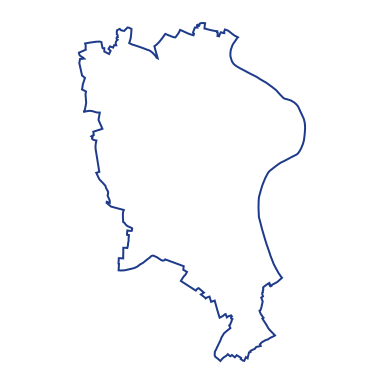 the district of Thuong Tin, Ha Noi, Vietnam
{"feature_id": "81297802B33733008951227", "entity_name": "Thuong Tin", "entity_type": "district", "adm_level": 2, "iso_a3": "VNM", "parent_name": "Vietnam", "parent_adm1": "Ha Noi", "projection": "robinson", "projection_center": [105.871, 20.832], "detail": "fine", "context": "isolated", "style": "outline", "palette": "blue", "viewbox_px": 384, "rotation_deg": 0, "n_neighbors": 0, "source": "geoboundaries", "source_scale": "gbopen_adm2", "svg_char_len": 5824}
<svg xmlns="http://www.w3.org/2000/svg" viewBox="0 0 384 384"><path d="M266.4,82.8L260.5,79.4L256.5,76.8L249.9,73.5L240.1,68.3L236.3,66.1L233.8,64.1L232.0,61.5L231.1,58.7L230.4,56.2L230.4,53.4L230.6,51.0L231.0,49.3L232.0,46.4L232.8,44.4L235.9,40.0L237.4,37.7L237.9,37.3L234.6,35.6L232.1,33.8L228.4,30.8L225.9,29.8L225.0,29.5L224.9,29.9L224.4,30.6L224.2,31.6L224.2,31.9L224.3,32.4L224.3,32.8L224.3,33.1L222.9,33.0L221.0,32.2L220.7,32.6L220.3,33.2L219.7,34.5L219.2,35.9L219.1,36.3L217.5,36.0L217.7,34.2L217.7,32.5L217.0,32.3L217.2,31.2L216.9,31.1L215.9,31.1L215.2,31.0L211.5,30.3L204.5,28.5L204.5,28.0L204.8,25.0L205.1,23.2L202.8,23.0L200.6,23.2L200.1,23.4L199.6,23.8L199.5,24.3L199.5,24.8L199.3,25.5L199.1,25.8L198.7,26.0L198.2,25.8L197.6,24.8L197.1,25.0L197.0,25.3L197.3,27.2L197.4,27.6L194.9,27.5L193.3,31.7L193.0,32.8L194.0,33.6L193.5,35.3L191.5,34.7L189.3,34.0L186.3,32.7L182.9,31.1L180.1,29.9L179.0,32.3L177.8,34.2L176.7,35.7L175.4,37.4L173.6,37.2L171.2,36.3L168.9,35.4L165.3,33.9L162.0,38.5L160.1,40.9L158.5,42.7L156.4,44.8L154.4,46.2L155.2,49.4L157.7,58.3L157.1,58.0L156.6,57.6L156.2,57.2L155.6,56.0L152.6,52.8L150.5,51.1L149.3,50.4L147.4,49.8L143.5,48.3L138.7,46.6L134.5,45.2L132.7,44.7L130.8,43.9L129.2,43.1L129.8,41.2L130.7,38.2L131.2,33.6L131.5,29.0L129.0,27.7L127.5,27.5L124.2,30.9L122.3,30.6L120.9,30.2L119.7,28.9L117.0,30.3L116.8,31.7L116.8,34.2L117.5,34.9L117.8,37.0L117.3,37.0L116.8,37.3L116.5,38.3L116.8,39.2L117.6,39.8L116.8,40.5L116.1,41.5L115.8,42.3L115.7,43.2L115.8,44.1L116.2,45.3L114.1,45.2L113.1,47.6L110.1,46.4L109.5,47.3L108.5,48.9L110.6,50.8L109.1,54.0L108.5,53.7L104.3,51.5L104.3,48.2L102.7,48.2L102.5,47.9L102.0,45.5L101.4,42.1L99.8,41.6L96.5,41.7L89.2,42.7L85.6,43.4L85.1,43.5L85.5,44.6L85.7,45.9L85.6,48.8L85.8,49.7L78.9,52.7L79.4,54.8L79.9,55.5L80.3,55.9L83.2,57.8L84.1,58.6L80.0,59.0L79.3,63.1L81.9,74.8L82.0,75.5L85.0,77.9L84.2,80.1L83.4,82.6L82.8,84.4L82.4,87.6L82.0,89.4L86.0,91.5L85.5,94.3L86.2,102.9L86.1,103.3L85.4,107.1L84.8,110.0L84.2,110.9L84.0,111.4L84.1,111.8L86.9,111.2L89.6,110.8L90.7,110.9L91.9,111.1L93.4,111.4L95.4,112.1L97.1,112.5L99.8,112.6L98.5,119.9L102.4,128.8L93.3,131.7L93.8,135.0L93.2,135.2L91.4,136.3L92.5,137.0L92.1,137.3L92.0,138.1L92.1,138.6L92.3,139.1L92.8,139.4L93.7,139.9L94.7,140.2L96.4,140.5L95.7,144.0L95.5,146.5L95.6,149.0L99.3,171.9L96.3,172.8L98.4,177.4L99.5,179.5L102.2,182.2L105.4,185.8L106.0,187.9L108.1,191.8L108.0,194.1L107.6,195.6L109.7,200.5L109.8,202.8L106.8,201.8L106.6,202.9L111.1,206.6L123.8,210.0L123.3,211.5L122.9,213.1L122.9,214.2L122.9,216.2L122.9,217.3L123.1,219.7L123.1,220.9L123.1,221.6L123.2,221.9L123.3,222.1L123.5,222.3L124.3,222.6L124.5,222.9L125.3,224.0L125.7,224.6L126.3,225.1L126.7,225.5L127.6,226.2L129.3,226.9L132.1,228.2L132.2,228.4L132.0,229.7L131.7,230.9L130.0,230.9L127.3,230.5L127.0,234.2L127.0,234.6L127.0,234.8L127.3,235.0L128.8,235.0L129.0,235.1L128.8,236.5L128.7,237.4L128.6,238.2L128.6,240.7L128.5,241.2L128.1,243.3L128.0,243.9L128.0,244.9L127.9,245.5L127.7,246.5L127.3,248.0L125.8,247.8L123.3,247.8L123.3,252.2L123.2,254.7L123.2,258.4L122.2,258.4L120.7,258.2L118.8,258.2L118.5,263.6L119.0,263.8L118.6,270.3L120.7,270.5L124.6,270.3L130.4,269.0L134.4,268.0L137.5,266.5L139.9,264.6L143.2,262.7L147.5,259.2L149.7,257.6L150.9,256.4L151.7,255.9L152.7,255.6L153.7,255.7L154.8,256.3L156.7,257.1L161.4,260.2L162.3,260.5L163.2,260.6L164.1,260.4L164.8,260.0L165.2,259.4L183.7,266.2L183.3,269.8L187.0,271.9L185.2,275.1L184.2,275.9L182.9,277.7L181.8,279.4L180.9,281.0L195.8,290.6L197.1,289.0L198.0,288.3L198.7,288.2L203.9,292.6L200.9,294.5L205.4,297.9L205.6,298.4L206.2,298.0L207.7,297.2L209.5,296.6L211.1,301.8L214.7,300.6L217.3,310.0L218.8,315.1L219.7,317.7L222.9,316.0L224.9,314.3L225.6,314.1L226.9,317.4L228.5,316.2L231.2,315.4L231.9,316.5L231.1,317.4L231.1,318.3L231.6,318.7L232.4,319.1L231.7,320.4L231.4,321.7L230.4,323.7L230.3,324.5L229.2,325.4L230.4,328.1L229.0,329.2L228.2,329.8L225.9,331.7L224.6,332.8L224.1,333.2L223.7,333.8L222.8,335.4L222.2,336.3L221.2,338.1L220.8,339.5L220.0,341.3L217.8,345.8L217.0,347.4L216.2,349.3L215.1,351.2L214.8,352.0L214.8,353.1L214.7,353.8L214.7,355.4L215.4,356.9L217.7,358.6L220.4,361.0L222.1,358.9L224.0,357.2L226.3,355.8L227.8,354.2L230.1,356.2L230.4,356.3L231.9,355.0L234.9,357.3L236.7,355.2L241.1,357.9L240.7,359.0L242.9,360.6L244.2,360.9L246.0,357.1L247.6,358.3L249.0,352.4L250.6,352.0L250.5,350.8L255.2,348.6L255.5,347.7L256.4,346.9L258.9,346.4L260.7,346.0L260.4,345.2L259.9,344.3L260.4,344.0L261.3,342.7L261.8,342.3L265.8,340.0L266.5,339.8L267.8,339.5L269.3,338.4L271.2,337.4L274.3,335.9L275.0,335.4L270.2,330.5L268.4,328.4L267.5,326.8L266.6,325.1L262.4,318.6L263.5,317.8L263.1,317.4L262.2,316.0L261.3,314.7L260.5,313.5L259.5,310.7L260.5,310.1L260.8,309.1L261.2,308.2L262.7,301.4L261.2,297.6L263.0,296.4L262.2,294.0L262.3,292.6L262.9,292.3L262.8,290.9L262.9,290.1L263.3,289.7L263.1,287.9L263.2,287.4L263.5,287.0L266.2,285.0L268.2,283.6L269.4,283.0L269.7,284.0L269.4,284.5L269.9,285.7L270.5,285.3L270.9,286.2L271.5,285.9L271.8,285.5L271.9,285.1L272.4,284.6L276.6,282.4L277.4,281.9L282.0,277.8L280.8,276.3L278.7,273.3L275.3,267.2L273.6,263.8L270.6,256.1L268.9,250.9L266.6,244.3L265.3,240.2L262.0,229.0L261.5,227.0L259.9,220.7L259.4,219.0L258.9,216.9L258.8,215.6L258.8,214.2L258.7,212.1L258.6,210.1L258.5,207.0L258.6,204.2L258.6,202.9L258.7,200.9L258.8,198.4L259.2,196.2L260.7,190.7L262.2,185.7L263.6,182.1L265.3,178.0L268.1,172.7L269.7,170.9L273.9,167.6L277.3,165.0L280.8,162.6L283.6,161.3L287.8,159.1L291.1,157.3L296.7,154.5L297.8,153.6L299.7,151.0L301.2,148.2L303.0,143.8L304.0,139.9L304.7,134.0L304.9,131.3L305.1,128.2L305.0,125.5L304.7,122.5L303.8,118.9L302.0,114.9L300.8,112.4L298.1,106.5L296.1,104.1L294.4,102.6L291.0,100.5L288.8,99.8L286.8,99.2L284.7,98.7L283.4,98.0L280.6,95.1L278.5,92.8L276.2,90.2L272.4,87.2L266.4,82.8Z" fill="none" stroke="#1e3a8a" stroke-width="2"/></svg>